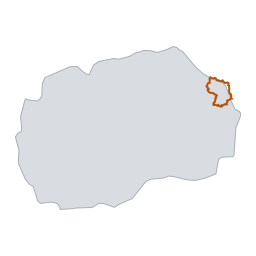 Delchevo, Delčevo, North Macedonia shown in context
{"feature_id": "65306769B90097726978799", "entity_name": "Delchevo", "entity_type": "district", "adm_level": 2, "iso_a3": "MKD", "parent_name": "North Macedonia", "parent_adm1": "Delčevo", "projection": "robinson", "projection_center": [22.782, 41.938], "detail": "fine", "context": "in_parent", "style": "outline", "palette": "amber", "viewbox_px": 256, "rotation_deg": 0, "n_neighbors": 0, "source": "geoboundaries", "source_scale": "gbopen_adm2", "svg_char_len": 2867}
<svg xmlns="http://www.w3.org/2000/svg" viewBox="0 0 256 256"><path d="M113.9,58.6L118.8,59.1L129.5,56.4L136.1,52.6L139.5,52.0L143.9,50.5L150.4,50.7L156.9,52.4L165.2,50.2L173.4,46.6L176.7,47.5L180.2,50.6L182.5,51.4L196.0,67.5L203.5,74.0L212.2,78.9L222.2,82.5L225.8,86.0L232.1,103.1L235.2,109.5L239.4,111.5L240.5,113.3L240.6,115.8L235.9,127.8L234.0,154.8L232.8,156.9L227.8,156.8L221.1,157.4L218.6,159.4L215.9,173.9L205.2,178.1L195.5,180.4L187.3,179.9L172.9,176.4L168.2,176.1L164.2,178.0L151.3,179.1L145.7,181.6L132.3,198.5L118.9,204.4L114.3,207.3L104.0,203.6L99.1,203.2L92.0,207.5L76.4,208.0L72.2,208.7L60.2,209.4L59.7,207.0L57.5,203.6L51.9,202.0L40.5,203.4L37.7,200.9L33.2,186.5L29.5,184.2L25.4,179.4L18.6,163.8L18.5,156.9L19.1,150.9L15.4,136.9L17.8,133.4L21.4,131.2L21.5,125.5L20.5,116.9L24.9,100.1L26.1,98.9L27.2,99.7L37.4,101.0L40.1,98.9L41.8,95.6L42.4,83.3L44.9,77.6L69.8,66.8L77.0,66.4L82.6,71.4L87.0,74.5L89.6,74.4L90.6,71.2L93.6,65.1L98.7,61.5L113.8,58.5L113.9,58.6Z" fill="#d9dde1" stroke="#a8b0b8" stroke-width="1"/><path d="M221.4,106.5L221.1,105.8L221.6,105.2L222.2,105.5L223.1,105.4L223.6,104.8L226.3,104.4L225.7,103.9L226.3,103.6L227.4,102.3L227.1,100.7L227.9,100.5L228.3,100.1L229.2,99.9L230.2,99.4L230.7,98.5L231.5,98.5L231.4,98.4L231.3,97.6L231.3,97.2L231.3,96.9L231.1,96.7L231.1,96.3L231.2,95.9L231.2,95.5L231.1,95.4L231.0,95.2L230.9,95.1L230.9,94.6L230.8,94.3L230.6,93.9L229.9,93.8L229.7,93.6L229.6,93.3L229.5,93.2L229.3,92.4L229.3,91.8L229.3,91.1L229.1,90.5L229.0,90.2L229.1,89.8L229.2,89.2L229.3,88.8L229.3,88.3L229.2,87.9L229.1,87.7L229.1,87.0L229.1,86.2L229.2,85.9L229.0,85.6L228.7,85.4L228.1,85.1L228.2,84.9L228.4,84.3L228.5,84.0L228.5,83.6L228.5,83.1L228.4,82.9L228.2,82.8L227.5,82.6L227.1,82.5L226.4,82.7L226.0,82.9L225.6,83.0L225.4,83.0L225.0,82.9L224.8,82.9L224.7,82.8L224.6,82.7L224.4,82.4L224.0,82.2L223.7,82.0L223.2,81.3L222.9,80.8L222.6,80.4L222.3,80.6L222.3,80.8L221.9,81.2L221.4,81.3L220.9,81.3L220.4,81.1L219.9,80.9L219.3,80.6L219.0,80.6L218.8,80.6L218.5,80.5L218.4,80.4L218.1,80.2L217.9,80.2L217.5,80.5L217.3,80.4L217.2,80.4L216.9,80.2L216.6,80.0L216.5,79.8L216.3,79.4L216.2,79.2L216.0,78.9L215.9,78.9L215.4,78.5L215.3,78.4L215.3,78.1L214.8,78.0L214.1,78.2L213.4,78.4L213.2,78.4L212.2,78.4L211.7,78.3L211.5,78.2L211.3,77.9L211.2,77.8L211.0,77.7L210.5,77.5L210.3,77.4L209.6,78.4L209.7,82.8L208.1,83.2L207.5,84.1L207.3,85.3L206.6,85.9L206.6,86.5L207.3,87.6L207.7,87.6L207.7,88.0L208.8,89.0L208.7,89.3L208.0,89.4L207.6,90.0L208.8,92.0L210.3,92.9L211.1,92.7L212.4,93.1L212.8,93.0L213.7,93.5L214.4,94.3L215.4,94.5L216.5,95.1L216.8,95.6L215.8,96.9L215.9,97.4L215.7,97.8L215.9,98.3L215.2,98.9L215.4,99.6L214.8,101.9L213.8,102.6L213.8,103.3L213.4,103.8L213.5,105.0L214.3,104.9L214.9,104.6L217.5,105.7L218.2,105.4L218.2,105.0L218.4,104.9L218.9,106.0L219.7,105.9L220.5,106.5L221.4,106.5Z" fill="none" stroke="#b45309" stroke-width="2"/></svg>